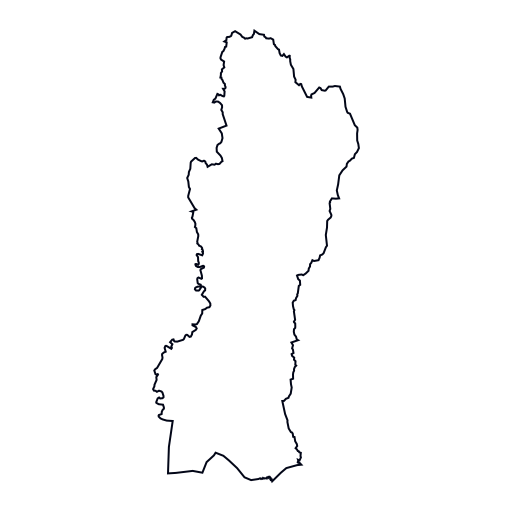 the district of Mang Yang, Gia Lai, Vietnam
{"feature_id": "81297802B73536270925214", "entity_name": "Mang Yang", "entity_type": "district", "adm_level": 2, "iso_a3": "VNM", "parent_name": "Vietnam", "parent_adm1": "Gia Lai", "projection": "natural_earth1", "projection_center": [108.295, 13.956], "detail": "fine", "context": "isolated", "style": "outline", "palette": "ink", "viewbox_px": 512, "rotation_deg": 0, "n_neighbors": 0, "source": "geoboundaries", "source_scale": "gbopen_adm2", "svg_char_len": 6020}
<svg xmlns="http://www.w3.org/2000/svg" viewBox="0 0 512 512"><path d="M258.5,479.0L260.1,478.3L261.0,479.0L261.5,478.6L262.4,478.8L263.0,477.9L264.0,478.6L264.7,478.2L266.8,478.5L267.0,477.4L267.9,477.2L268.5,477.7L268.6,476.8L269.6,476.7L270.7,478.0L270.5,479.2L271.0,479.5L270.9,480.2L271.4,480.4L271.8,479.9L272.2,481.3L280.9,472.7L286.3,468.1L297.2,465.1L301.3,464.7L299.6,462.9L298.3,462.8L297.7,462.2L298.3,460.9L298.0,459.8L299.5,460.5L300.9,457.4L300.5,456.0L300.8,452.8L299.3,452.3L298.7,451.2L297.8,451.0L296.9,449.4L295.6,448.2L297.2,446.0L296.8,444.0L295.2,441.3L294.5,437.0L293.2,436.8L292.7,433.5L292.0,432.5L290.9,432.1L288.7,428.5L287.4,422.0L287.5,420.3L285.1,414.0L282.3,401.0L284.0,400.9L285.9,398.8L288.5,397.8L288.9,396.4L290.7,393.7L291.7,387.5L291.0,384.3L290.6,379.6L293.1,378.7L293.0,374.4L293.3,372.3L294.1,370.7L294.0,369.1L294.8,367.0L296.2,365.6L295.3,364.7L295.5,361.2L294.0,359.7L294.2,357.6L292.1,355.9L291.6,354.1L293.5,353.0L292.9,349.5L292.1,348.4L293.0,345.2L291.4,342.5L298.0,340.2L296.8,339.5L296.0,336.6L294.4,334.6L293.8,331.8L294.0,329.2L295.2,327.9L295.3,326.6L295.2,323.4L294.1,322.3L293.9,321.7L295.1,319.8L293.9,311.4L294.4,310.1L293.8,309.4L293.0,306.1L292.7,302.6L293.8,300.7L295.6,300.1L296.0,298.2L297.4,295.8L297.2,294.4L297.8,293.3L298.8,285.9L300.2,284.8L299.9,280.6L298.2,279.1L297.0,275.5L298.3,274.9L301.7,274.5L303.2,275.2L305.7,273.5L308.5,270.8L308.8,268.5L310.0,266.5L310.1,264.2L311.3,262.8L312.4,260.2L314.0,261.0L318.5,260.2L319.6,257.7L320.1,255.4L322.3,254.5L323.6,253.2L325.9,247.2L327.0,245.7L325.8,235.0L327.0,227.6L327.2,221.0L328.0,219.8L330.7,217.5L331.4,215.8L331.3,214.7L329.6,211.0L330.3,208.9L329.6,203.1L330.1,202.4L329.9,201.6L331.9,198.4L335.9,198.7L339.1,198.4L337.8,195.0L336.8,190.4L338.1,184.5L339.3,175.3L342.6,170.3L346.5,166.6L346.9,163.8L348.5,161.5L349.9,160.7L351.9,158.6L353.9,157.9L354.9,154.2L357.0,152.0L358.9,148.1L358.3,144.0L357.2,140.5L357.1,133.4L357.6,129.9L357.3,127.6L354.8,125.2L350.0,113.7L347.7,112.8L347.1,111.8L345.5,106.8L344.7,98.5L343.2,94.1L340.5,88.8L339.9,86.6L334.9,86.0L332.7,86.6L328.8,86.6L325.6,90.5L324.7,90.7L321.7,90.1L320.5,88.1L319.2,87.5L314.5,93.0L311.5,94.4L311.1,95.6L311.3,97.6L307.1,96.9L301.9,86.5L301.2,84.1L300.3,83.9L299.0,85.2L295.4,82.2L295.6,79.7L294.1,76.6L293.4,69.0L290.9,64.8L290.2,61.2L290.2,59.4L289.7,57.9L289.7,55.8L289.3,55.7L286.9,57.4L285.6,56.6L283.9,54.1L282.4,55.9L280.8,55.5L279.6,53.1L279.0,49.6L278.0,49.2L275.3,46.1L275.0,45.0L273.9,44.2L273.2,39.6L270.6,38.2L269.0,38.6L266.2,38.3L265.7,37.4L264.3,36.5L264.0,34.8L259.3,34.1L254.4,30.7L253.9,33.9L252.9,35.1L252.1,37.2L247.6,38.5L246.2,38.3L245.1,38.7L243.9,37.6L242.3,36.9L240.5,34.5L235.1,31.2L232.1,32.9L231.3,35.6L230.8,36.2L229.2,36.9L227.2,37.0L226.6,37.7L226.4,40.1L224.4,41.5L226.7,42.4L226.2,46.6L225.0,47.0L224.6,48.6L223.4,51.1L222.3,51.9L220.5,57.3L220.5,58.5L221.2,59.7L224.1,61.5L223.6,65.1L224.3,67.4L221.9,69.4L222.1,71.4L220.9,73.1L220.9,75.0L220.4,77.5L221.4,77.6L221.6,79.0L222.5,80.1L223.5,82.7L224.9,84.0L224.9,85.5L225.6,87.1L225.3,88.3L224.4,88.8L223.1,88.8L224.6,91.4L224.3,95.8L223.9,96.4L223.2,96.3L221.4,95.5L220.6,94.8L219.0,95.3L218.5,94.4L217.4,93.9L215.4,98.6L213.8,99.8L212.8,102.3L214.3,102.6L215.9,101.5L218.1,101.6L220.1,103.0L222.0,105.2L222.1,107.3L221.3,109.9L222.7,112.3L222.7,114.2L226.5,125.6L218.7,128.6L221.8,133.4L222.5,138.1L221.4,141.9L220.2,143.3L219.0,143.8L217.5,145.0L216.6,147.9L216.8,151.7L220.5,155.6L221.9,158.0L222.5,161.2L221.5,161.7L219.5,163.9L218.0,164.2L215.9,163.7L214.6,164.7L211.8,164.3L207.6,166.8L207.0,164.7L205.6,163.0L205.3,161.6L204.3,160.8L203.5,160.8L202.6,161.4L201.5,161.3L198.0,159.6L196.2,157.9L195.0,158.0L191.1,161.6L190.7,162.7L190.3,168.8L188.9,172.0L188.7,174.8L187.2,178.0L188.3,181.5L188.9,187.0L190.0,189.0L188.2,195.9L188.2,197.4L194.6,208.2L196.3,209.7L191.6,211.4L193.2,211.9L193.3,212.3L192.4,216.9L191.9,217.5L192.0,218.6L193.7,220.2L194.8,222.0L195.4,223.7L195.3,225.6L194.9,227.0L196.3,228.2L196.9,232.0L198.2,234.3L198.3,236.0L197.2,241.7L197.5,242.7L197.3,243.5L198.6,244.6L199.0,245.6L201.0,246.5L202.0,247.8L202.2,248.3L201.9,249.2L202.6,249.8L203.0,251.2L203.0,251.8L202.4,251.9L203.0,253.6L202.2,255.3L198.2,253.9L197.0,254.1L196.6,255.0L198.0,257.1L198.2,261.2L198.8,262.6L198.8,263.8L198.3,264.7L196.2,264.0L195.5,264.1L195.4,264.7L196.1,266.1L197.8,267.0L199.6,267.1L203.0,265.8L203.6,265.9L204.1,266.5L203.9,267.6L200.9,269.1L200.4,270.1L201.9,275.7L202.0,278.4L201.4,278.8L198.5,277.5L197.6,278.0L197.2,279.1L197.7,283.1L198.5,283.9L200.7,284.7L201.0,285.9L200.3,286.5L197.8,286.6L195.7,287.5L195.1,288.1L194.9,289.3L196.0,290.5L198.5,290.6L199.2,290.3L201.6,286.6L202.8,286.5L204.5,287.5L205.2,288.5L205.1,290.4L204.0,291.2L201.8,294.8L203.6,296.8L205.1,296.7L209.0,301.3L210.3,303.5L210.4,305.5L209.4,307.2L207.0,307.7L205.2,309.1L202.3,310.0L202.2,313.5L200.8,315.6L198.8,321.3L196.9,324.1L195.5,324.5L192.5,324.3L192.5,325.3L196.0,327.1L196.7,328.5L195.8,329.9L192.3,332.1L192.0,334.4L190.8,336.6L189.5,336.9L187.3,334.9L186.3,334.8L185.4,335.5L183.9,339.0L183.1,339.8L177.3,341.6L174.7,341.5L174.1,341.0L173.5,339.4L172.2,339.7L170.1,342.2L172.4,344.2L171.3,346.5L171.9,347.9L171.3,348.8L166.8,346.1L166.0,345.8L165.3,346.1L164.6,347.9L165.7,351.7L163.8,352.5L162.2,353.9L162.0,354.9L162.5,357.5L162.3,359.0L157.1,367.9L155.2,369.2L154.3,370.5L155.5,374.2L156.3,374.6L157.7,374.1L158.0,374.6L156.3,377.1L156.6,379.9L154.5,384.7L154.4,386.3L153.1,389.1L153.9,390.6L155.6,390.8L156.9,391.8L159.0,390.7L161.5,391.5L162.4,392.5L163.5,395.9L163.5,397.3L162.5,398.2L160.2,398.5L159.1,397.5L157.7,398.4L156.2,402.2L156.4,402.9L158.7,404.2L163.0,404.7L163.9,407.4L163.9,408.7L162.7,409.8L161.8,411.7L161.6,414.1L158.9,415.0L158.6,415.5L158.7,416.6L160.5,418.4L162.6,419.4L166.7,420.6L172.7,421.0L168.9,446.9L168.0,473.4L176.0,472.9L192.7,470.9L202.4,472.7L206.6,462.1L213.9,455.4L215.6,452.7L223.4,455.8L229.0,460.5L237.1,468.1L244.5,477.3L251.1,480.1L258.5,479.0Z" fill="none" stroke="#020617" stroke-width="2"/></svg>